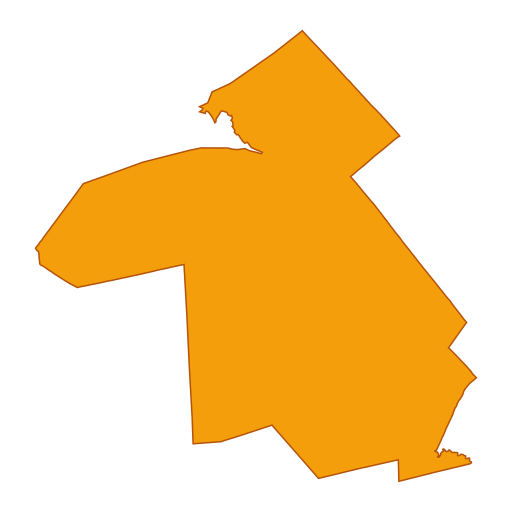 the district of Dracsenei, Teleorman, Romania
{"feature_id": "2599482B60737111178091", "entity_name": "Dracsenei", "entity_type": "district", "adm_level": 2, "iso_a3": "ROU", "parent_name": "Romania", "parent_adm1": "Teleorman", "projection": "robinson", "projection_center": [25.005, 44.217], "detail": "fine", "context": "isolated", "style": "filled", "palette": "amber", "viewbox_px": 512, "rotation_deg": 0, "n_neighbors": 0, "source": "geoboundaries", "source_scale": "gbopen_adm2", "svg_char_len": 5939}
<svg xmlns="http://www.w3.org/2000/svg" viewBox="0 0 512 512"><path d="M35.6,248.4L36.2,249.3L36.6,250.1L36.9,250.4L37.3,250.8L38.0,251.2L38.3,251.6L38.5,251.9L38.7,252.8L38.8,253.9L39.0,254.2L39.0,256.3L39.1,258.2L39.4,259.9L39.6,261.5L39.7,262.4L39.7,263.1L39.8,263.8L40.0,264.3L40.2,264.6L40.6,264.9L41.5,265.4L42.4,265.8L42.9,266.1L45.5,267.7L47.2,269.0L49.0,270.3L51.0,271.5L51.9,272.0L52.8,272.7L53.7,273.4L54.8,274.2L56.7,275.3L59.4,277.1L61.1,278.2L62.4,279.0L66.2,281.4L67.9,282.4L70.8,284.1L74.2,285.9L77.3,287.5L78.2,287.4L79.7,286.9L81.4,286.6L83.9,286.1L87.6,285.4L89.7,284.9L93.5,284.2L102.2,282.4L106.7,281.3L111.3,280.5L116.7,279.3L120.5,278.5L132.0,276.0L140.2,274.3L144.0,273.4L149.3,272.2L154.8,270.9L157.3,270.2L159.9,269.7L161.3,269.3L163.1,269.0L164.4,268.7L165.2,268.6L168.1,267.9L171.4,267.1L173.6,266.7L176.6,266.0L184.0,264.5L186.8,314.1L189.3,366.9L192.1,416.5L193.1,443.8L220.7,441.7L239.6,435.8L272.1,425.1L272.7,426.0L300.3,457.5L318.5,478.4L357.7,468.9L398.3,459.8L398.9,481.3L433.8,472.5L470.0,463.8L470.3,463.6L470.7,463.3L471.3,462.9L471.5,462.6L471.4,462.0L471.1,461.8L470.4,461.5L469.9,461.1L469.5,460.8L469.4,460.3L469.5,459.6L469.7,458.7L469.6,458.3L469.3,458.1L468.9,458.0L468.4,458.1L467.4,458.5L466.5,458.7L466.0,458.6L465.7,458.5L465.5,458.2L465.5,457.8L465.6,457.2L465.7,456.5L465.7,456.1L465.5,455.9L465.2,455.7L464.2,455.5L463.8,455.2L463.2,454.7L462.7,454.4L461.7,454.3L461.1,454.3L460.8,454.3L460.3,455.0L459.9,455.2L458.5,455.7L458.1,455.7L457.8,455.6L457.6,455.4L457.6,454.8L457.7,453.7L457.7,453.1L457.6,452.8L457.2,452.6L456.7,452.5L455.4,452.6L455.1,452.5L454.7,452.3L454.3,452.3L452.6,452.5L452.2,452.5L451.9,452.4L451.7,452.2L451.4,451.9L451.2,451.6L451.0,451.3L450.5,450.9L449.7,450.2L449.4,450.1L448.9,450.0L448.7,450.1L448.6,450.5L448.1,451.0L447.5,451.3L447.0,451.5L446.5,451.5L446.1,451.5L445.8,451.4L445.6,451.2L445.6,450.9L445.5,450.6L444.1,449.2L443.6,449.0L443.3,449.0L443.0,449.1L442.7,449.3L442.7,449.6L442.9,449.9L443.4,450.5L443.5,450.9L443.4,451.2L443.1,451.5L442.0,451.9L441.7,452.2L441.4,452.5L440.9,453.3L440.7,453.7L440.7,454.1L440.7,454.5L440.6,454.8L440.4,455.2L440.0,455.9L439.2,456.9L438.9,457.2L438.5,457.3L438.1,457.3L437.9,457.2L437.7,456.6L437.9,456.4L438.4,455.9L438.7,455.4L438.8,455.0L438.7,454.6L438.6,454.3L438.3,454.0L438.2,453.8L437.9,452.8L437.7,452.4L437.3,452.1L436.8,451.9L436.2,451.7L435.8,451.7L435.6,451.7L435.2,451.4L435.0,450.9L435.4,450.9L435.6,450.9L435.9,450.4L436.2,450.3L436.5,450.0L436.5,449.6L436.7,449.4L437.0,449.2L437.7,447.7L437.8,447.5L437.8,447.1L438.0,446.8L438.8,445.3L439.2,444.3L440.4,441.7L441.1,440.1L442.2,437.5L443.7,434.5L444.3,433.3L444.8,431.8L446.0,428.8L447.1,426.5L449.8,420.8L451.1,418.0L451.7,416.7L452.5,415.1L453.1,413.4L453.3,412.5L453.7,411.5L454.2,410.4L454.5,409.4L454.8,408.7L455.0,408.2L455.5,407.4L456.1,406.6L456.4,406.3L457.0,404.2L457.2,403.6L457.9,402.4L458.6,401.1L459.5,399.8L460.5,398.6L462.7,394.6L463.8,391.2L464.7,389.6L467.7,385.7L469.7,383.4L476.4,377.8L472.0,373.2L471.7,372.2L466.4,366.2L460.6,360.1L454.7,353.9L448.5,347.8L449.8,346.0L461.0,330.2L463.0,327.4L466.6,322.4L464.6,320.1L460.2,314.4L457.7,311.1L455.1,307.8L454.4,307.0L453.5,305.7L451.9,303.6L450.3,301.2L449.3,300.1L446.0,296.2L443.8,293.4L442.3,291.5L440.3,289.1L438.4,286.6L434.8,282.0L433.9,280.9L432.9,279.8L431.8,278.4L430.1,276.3L429.0,275.1L428.1,273.8L426.5,271.8L425.3,270.3L424.1,268.9L423.2,267.9L422.1,266.3L420.2,264.0L418.9,262.4L416.1,258.8L415.4,257.8L414.7,256.9L411.5,253.0L410.0,250.9L409.0,249.7L407.8,248.2L405.9,245.8L404.8,244.4L403.2,242.4L402.1,241.0L400.6,238.9L399.7,237.6L396.7,234.0L396.0,233.1L395.4,232.4L392.5,228.5L391.0,226.6L390.1,225.4L388.6,223.4L386.4,220.4L386.0,219.9L383.8,217.1L383.1,216.1L381.9,214.6L380.5,212.7L379.3,211.3L377.9,209.3L376.7,207.9L374.5,204.9L370.1,200.0L369.2,198.9L368.3,197.6L367.5,196.8L366.3,195.4L365.5,194.3L365.3,194.1L363.6,192.3L362.6,190.9L361.7,189.8L360.6,188.5L357.9,185.2L356.6,183.6L355.1,181.8L353.5,180.0L352.7,179.0L351.7,177.9L350.9,177.1L350.5,176.5L352.0,175.4L353.9,173.8L355.5,172.4L357.1,171.0L358.6,169.7L359.3,169.1L362.0,167.0L364.5,165.0L366.3,163.3L367.8,162.1L369.5,160.6L373.8,156.7L375.3,155.5L379.7,151.9L380.4,151.4L381.7,150.4L383.9,148.6L386.5,146.4L388.5,144.7L390.3,143.2L391.8,142.0L393.7,140.3L395.5,138.9L396.8,137.9L397.8,137.2L398.6,136.7L399.7,136.1L399.1,135.2L397.6,133.6L396.4,132.1L395.4,131.0L394.1,129.5L392.8,128.0L391.2,126.4L389.7,124.6L388.3,123.1L387.1,121.8L386.1,120.7L384.8,119.3L382.0,116.3L381.0,115.0L379.8,113.8L378.8,112.8L375.1,108.9L373.5,107.4L371.9,105.7L370.8,104.7L368.4,102.0L367.3,100.9L366.6,100.2L365.3,98.7L363.4,96.4L362.2,95.3L360.5,93.4L358.6,91.2L357.3,90.0L353.4,85.6L352.4,84.5L351.6,83.6L351.0,82.9L350.3,82.2L350.0,81.7L346.5,78.4L344.8,76.4L342.6,74.0L335.1,65.7L331.3,61.6L330.3,60.6L328.2,58.4L323.8,53.6L321.0,50.7L318.4,47.9L312.8,42.0L311.0,40.1L307.2,36.1L304.0,32.6L303.1,31.7L302.4,30.7L274.3,52.8L230.3,83.5L212.1,91.9L207.7,102.9L199.5,106.7L203.0,108.3L202.2,109.9L199.7,111.8L205.2,113.5L205.9,111.3L207.8,111.4L210.1,114.1L213.2,119.0L214.9,122.8L215.9,121.9L216.1,119.1L221.2,111.1L222.4,111.0L227.0,112.4L228.0,114.8L230.4,116.0L231.6,115.4L232.4,118.3L231.0,120.4L232.5,121.7L233.2,125.7L232.1,126.3L234.9,130.4L234.3,132.3L236.9,134.9L238.2,134.5L242.2,140.7L244.7,143.2L247.5,142.4L251.5,147.7L262.3,152.3L261.4,153.8L256.8,152.4L250.5,151.0L247.1,149.7L245.0,148.6L237.2,149.6L233.0,149.2L231.9,149.1L227.9,148.0L201.3,147.9L189.5,150.3L147.9,160.9L142.8,162.2L104.8,176.0L83.5,183.6L82.9,184.2L81.9,185.6L79.5,188.9L75.6,194.3L72.7,198.2L71.4,200.0L69.4,202.7L65.6,207.7L62.9,211.3L60.9,214.0L58.4,217.4L54.9,222.2L51.1,227.2L49.1,230.0L47.5,232.1L45.7,234.5L44.0,236.8L42.5,239.0L41.4,240.5L40.2,241.9L39.6,242.7L39.1,243.4L38.8,243.9L38.5,244.5L37.7,245.4L36.9,246.3L36.2,247.2L35.8,247.8L35.6,248.4Z" fill="#f59e0b" stroke="#b45309" stroke-width="1.5"/></svg>